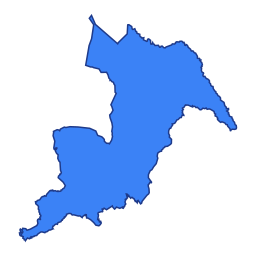 Zacualpan, México, Mexico (Robinson projection)
{"feature_id": "50627088B66940099023343", "entity_name": "Zacualpan", "entity_type": "district", "adm_level": 2, "iso_a3": "MEX", "parent_name": "Mexico", "parent_adm1": "México", "projection": "robinson", "projection_center": [-99.827, 18.714], "detail": "fine", "context": "isolated", "style": "filled", "palette": "blue", "viewbox_px": 256, "rotation_deg": 0, "n_neighbors": 0, "source": "geoboundaries", "source_scale": "gbopen_adm2", "svg_char_len": 5807}
<svg xmlns="http://www.w3.org/2000/svg" viewBox="0 0 256 256"><path d="M78.1,127.0L70.0,126.7L65.9,127.5L64.3,127.1L60.4,129.1L59.7,130.7L58.8,130.0L57.1,129.7L53.5,131.4L53.7,131.8L53.1,135.8L54.8,141.2L53.8,148.0L54.2,149.3L54.5,149.3L56.1,147.8L56.9,148.1L56.3,149.3L55.2,150.3L55.3,150.8L56.6,153.4L58.1,154.8L57.8,158.4L58.9,161.0L60.0,162.2L60.5,170.3L61.3,172.4L60.9,173.7L59.8,174.2L60.0,174.7L58.5,176.1L58.2,177.7L63.3,182.3L65.3,185.7L64.0,188.2L62.8,188.8L62.0,189.9L61.1,190.0L60.9,191.0L59.8,191.4L58.7,191.0L58.1,191.5L57.6,191.0L57.0,191.4L55.2,190.7L53.4,191.0L53.2,190.5L52.7,190.7L52.2,190.1L51.8,190.6L51.0,190.8L50.8,190.4L49.9,190.7L46.7,194.3L46.0,196.2L44.4,195.7L43.8,196.5L43.0,196.4L41.6,197.1L39.7,199.8L37.3,200.5L36.6,201.7L35.5,201.7L35.8,203.8L37.8,205.5L38.5,206.6L38.3,209.1L39.0,210.0L39.0,211.9L39.8,213.3L39.7,214.3L40.8,215.3L40.6,216.7L40.2,216.7L39.8,217.6L40.5,219.2L40.3,219.5L38.7,218.9L37.7,219.6L37.4,220.8L37.9,223.5L36.8,225.6L30.2,229.2L27.0,230.2L25.8,228.7L22.8,228.3L22.3,230.3L20.5,229.0L20.2,229.2L20.0,229.9L20.7,232.1L22.8,232.1L22.4,233.0L19.5,232.9L19.8,235.0L20.4,235.7L21.5,234.8L21.6,236.1L23.2,236.6L22.8,238.1L23.9,238.7L24.3,239.9L25.4,240.1L25.5,240.6L27.4,238.0L29.4,238.8L30.8,238.1L30.8,237.8L30.3,237.7L31.0,236.8L31.8,237.7L32.2,236.8L33.0,236.9L33.5,236.3L34.2,236.4L34.5,235.9L36.7,235.5L37.9,234.0L40.6,232.1L42.0,231.9L44.9,232.7L45.3,232.1L47.0,231.7L49.2,230.0L50.4,230.0L52.4,229.1L52.5,228.7L53.0,228.7L52.5,228.1L52.9,226.2L53.4,226.2L55.1,224.5L56.3,224.0L57.4,224.3L58.0,222.6L60.9,221.7L61.7,220.1L62.3,220.2L62.9,219.0L64.2,218.1L64.1,217.3L64.6,216.8L65.2,217.0L66.6,215.0L66.5,214.3L69.0,213.4L70.9,213.6L72.2,215.0L73.7,214.8L78.3,216.0L79.9,215.9L82.2,217.6L82.7,216.5L84.5,215.1L85.0,215.5L85.5,214.6L86.3,214.7L86.6,218.0L87.9,218.1L90.6,219.7L93.7,222.5L95.9,225.2L98.9,225.8L100.3,224.6L101.2,223.1L101.1,222.5L99.8,222.0L100.5,221.3L98.7,220.7L98.9,219.3L97.7,219.5L98.5,215.0L97.9,213.9L98.3,212.6L101.1,211.7L102.5,211.7L102.8,211.1L101.9,208.4L102.4,209.3L103.6,209.1L104.1,208.2L106.5,209.7L112.3,206.0L112.4,206.6L114.5,209.1L115.4,208.5L116.4,207.1L119.8,208.3L122.4,207.1L122.5,208.0L123.2,208.3L123.9,207.3L123.6,206.9L124.8,206.0L124.8,205.2L125.8,204.0L125.1,202.6L125.1,201.5L125.7,200.0L125.4,199.5L126.1,199.4L126.5,199.0L126.3,198.7L127.4,198.0L126.3,194.0L127.3,194.2L127.9,195.0L128.8,195.4L128.9,195.9L128.3,195.9L128.4,196.5L129.8,197.0L130.7,198.2L131.4,197.5L132.5,197.5L133.2,198.5L134.0,198.7L135.6,202.1L135.3,200.2L137.2,202.8L137.7,200.6L138.1,200.4L140.6,203.9L141.6,203.2L142.1,201.3L147.0,195.2L148.6,193.9L149.2,192.7L149.0,188.9L148.3,186.4L148.2,184.8L148.6,184.6L150.0,182.3L151.0,182.8L151.4,182.7L151.5,182.1L148.4,177.8L148.4,174.7L150.2,170.7L151.9,169.7L153.7,166.7L156.2,163.7L157.8,158.2L157.2,156.2L157.7,153.2L159.7,151.6L161.5,151.2L161.6,150.0L162.7,149.3L163.2,148.2L164.7,147.3L165.0,146.5L167.5,146.3L170.6,144.3L171.4,143.2L171.5,139.3L169.3,137.1L169.6,135.6L168.6,133.4L168.7,130.7L169.6,128.5L170.7,128.3L171.3,126.9L172.6,125.1L172.2,123.9L173.7,123.7L175.0,123.0L176.9,119.9L178.2,119.5L179.9,117.7L181.3,117.5L182.1,115.2L183.8,115.4L183.6,114.7L182.2,112.8L182.7,112.1L182.2,110.5L183.3,109.7L182.5,108.6L182.5,108.0L183.8,107.5L185.4,105.0L186.0,105.3L186.6,105.0L188.4,105.2L191.5,106.6L192.4,105.8L192.8,106.9L193.8,106.2L195.0,106.5L196.0,107.6L197.3,107.3L200.1,109.8L201.4,109.6L202.9,108.2L204.9,108.7L206.1,108.0L207.1,109.3L209.2,108.9L210.6,109.4L214.0,111.4L214.5,113.4L215.6,114.1L215.1,114.9L215.2,116.0L216.4,116.4L217.2,117.3L217.8,118.3L217.4,118.8L217.6,119.6L219.7,121.7L220.8,122.4L221.9,121.8L224.8,122.9L226.0,124.5L227.3,124.7L227.7,126.2L229.9,128.7L230.3,130.6L230.7,130.7L231.2,129.8L232.3,129.2L234.8,129.4L235.8,129.0L236.3,128.7L236.5,127.4L236.2,125.3L235.1,124.7L234.5,122.3L233.5,121.3L232.8,120.0L232.9,119.3L232.1,118.6L231.9,117.1L229.4,116.1L229.0,114.3L228.3,113.9L228.7,113.0L228.5,112.4L226.7,111.0L228.6,109.7L228.5,108.5L226.4,108.7L226.2,107.1L224.8,105.7L224.0,102.4L220.5,100.0L220.5,98.0L219.5,96.5L217.9,95.6L217.2,93.9L216.0,93.1L215.8,91.6L214.9,91.1L213.3,88.7L213.0,86.5L211.7,86.2L210.8,85.4L210.6,83.9L209.3,82.5L209.5,81.0L208.9,80.0L207.7,79.0L206.3,78.6L204.8,76.3L203.8,76.6L203.0,75.9L203.1,74.3L203.6,73.3L203.4,72.8L202.0,72.1L201.3,70.3L201.6,68.6L201.0,67.6L201.1,67.1L202.0,66.6L201.6,65.9L202.4,64.9L201.7,62.4L200.5,61.5L200.9,60.1L199.7,60.2L199.9,59.1L199.4,58.4L198.3,58.5L197.4,58.2L197.4,56.3L195.6,53.1L194.4,52.8L192.9,50.9L191.3,51.0L190.5,49.2L188.1,47.2L187.9,46.2L186.9,44.9L186.4,44.6L185.4,45.4L184.7,45.0L184.7,43.7L183.9,42.3L183.2,42.7L182.0,41.3L181.3,41.2L179.8,41.3L179.3,42.0L176.6,41.8L175.5,42.5L175.5,43.3L174.6,44.0L172.3,43.9L171.7,44.9L166.0,47.0L165.1,47.9L163.8,47.7L162.2,46.1L161.1,46.2L160.6,47.1L159.6,47.2L158.4,45.3L155.0,45.5L154.1,44.2L153.3,44.1L152.7,42.6L152.2,43.9L151.1,44.2L150.7,43.4L150.5,40.3L148.7,38.9L147.6,39.3L147.3,41.0L146.8,41.4L143.4,39.8L143.8,37.7L142.0,38.1L141.8,37.5L140.4,36.8L139.8,35.8L139.8,34.3L137.0,33.3L136.6,31.6L135.8,31.4L134.8,28.7L132.9,29.5L132.2,29.0L131.7,26.5L128.9,24.7L127.8,24.8L127.7,25.2L127.2,33.9L118.2,42.7L117.7,43.8L95.4,24.4L91.5,15.4L89.3,18.3L93.7,24.7L91.6,38.7L89.1,45.6L85.7,65.3L90.7,67.0L92.4,67.0L93.5,67.6L99.0,68.9L101.1,72.4L106.6,72.3L108.0,74.9L108.9,78.1L110.4,79.9L110.2,80.3L110.7,80.2L111.8,81.6L113.4,82.3L114.0,84.1L114.9,85.4L115.1,92.3L116.2,93.3L110.9,104.8L111.8,106.4L113.0,110.3L111.3,113.3L109.7,115.0L110.1,117.8L111.9,122.9L112.5,126.8L111.8,131.3L112.3,133.1L112.1,134.5L112.5,136.6L111.6,140.2L109.4,143.8L108.5,143.3L106.6,143.3L104.4,141.3L104.3,139.6L103.7,138.6L101.8,136.8L97.7,135.4L95.8,131.0L89.7,128.3L78.1,127.0Z" fill="#3b82f6" stroke="#1e3a8a" stroke-width="1.5"/></svg>